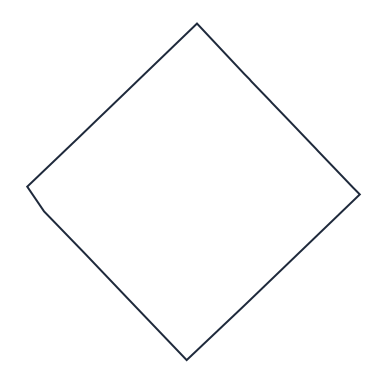 Miami, Kansas, United States of America (Albers equal-area conic projection), rotated 316°
{"feature_id": "52423323B68784032063419", "entity_name": "Miami", "entity_type": "district", "adm_level": 2, "iso_a3": "USA", "parent_name": "United States of America", "parent_adm1": "Kansas", "projection": "albers", "projection_center": [-94.74, 38.564], "detail": "fine", "context": "isolated", "style": "outline", "palette": "slate", "viewbox_px": 384, "rotation_deg": 316, "n_neighbors": 0, "source": "geoboundaries", "source_scale": "gbopen_adm2", "svg_char_len": 524}
<svg xmlns="http://www.w3.org/2000/svg" viewBox="0 0 384 384"><g transform="rotate(316 192 192)"><path d="M77.2,73.7L72.1,103.2L72.2,161.9L71.8,223.7L71.4,309.2L149.6,310.0L311.0,310.3L311.0,307.8L310.9,300.4L311.0,279.6L311.1,250.3L311.2,246.5L311.2,245.7L311.2,240.8L311.3,222.4L311.4,203.0L311.4,202.8L311.4,201.5L311.4,183.4L311.5,181.0L311.5,161.3L311.5,153.7L311.7,150.7L311.6,143.7L312.6,74.3L233.2,74.2L213.7,74.2L174.5,74.1L155.0,74.1L150.2,74.1L77.2,73.7Z" fill="none" stroke="#1e293b" stroke-width="2"/></g></svg>